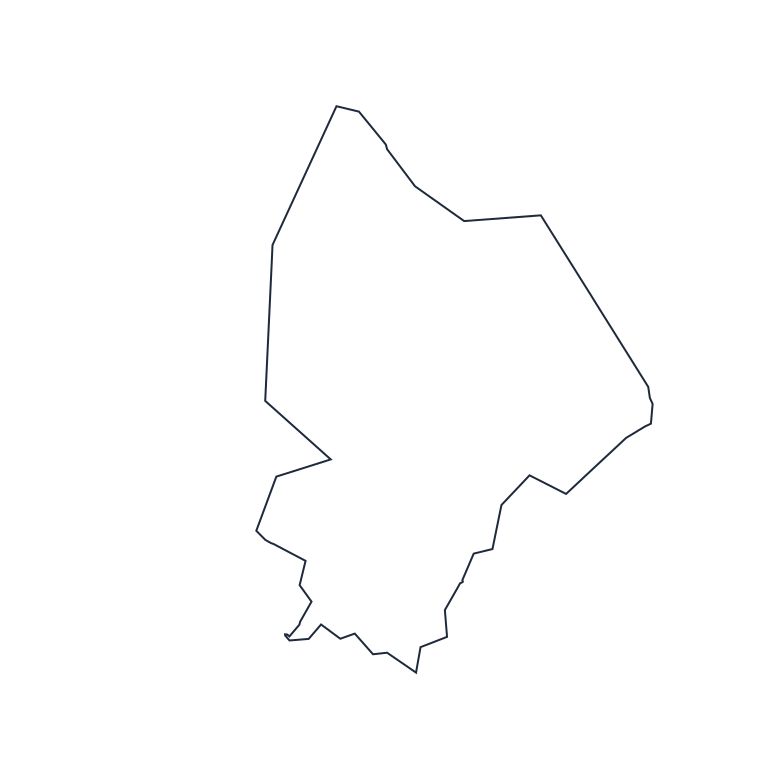 Lenoir, North Carolina, United States of America (Robinson projection), rotated 145°
{"feature_id": "52423323B80658823199099", "entity_name": "Lenoir", "entity_type": "district", "adm_level": 2, "iso_a3": "USA", "parent_name": "United States of America", "parent_adm1": "North Carolina", "projection": "robinson", "projection_center": [-77.584, 35.217], "detail": "fine", "context": "isolated", "style": "outline", "palette": "slate", "viewbox_px": 768, "rotation_deg": 145, "n_neighbors": 0, "source": "geoboundaries", "source_scale": "gbopen_adm2", "svg_char_len": 886}
<svg xmlns="http://www.w3.org/2000/svg" viewBox="0 0 768 768"><g transform="rotate(145 384 384)"><path d="M525.3,369.9L572.8,337.0L570.6,324.3L567.8,318.5L566.2,316.2L549.7,284.1L568.5,267.6L568.2,247.3L589.0,237.4L591.3,235.4L606.2,231.5L607.0,234.3L608.6,235.7L609.2,234.6L608.5,228.1L591.9,218.4L573.5,223.1L565.9,200.4L551.1,196.3L548.0,168.9L535.6,162.1L523.3,129.2L505.0,147.5L477.4,140.7L463.8,163.9L440.1,175.1L436.1,177.1L433.5,176.7L432.8,176.8L432.3,178.4L407.8,193.6L389.8,186.6L357.2,217.5L317.2,225.7L297.9,189.5L270.6,193.4L216.5,201.0L194.5,199.5L188.1,198.4L175.4,213.6L174.2,220.1L169.2,230.1L164.1,328.8L163.7,335.6L158.8,432.2L224.9,471.5L245.2,528.2L245.3,532.1L246.8,574.5L245.2,579.0L245.3,581.3L248.3,621.5L263.6,638.8L395.6,561.8L407.9,545.8L417.8,533.0L491.0,438.3L470.9,352.8L473.2,353.5L525.3,369.9Z" fill="none" stroke="#1e293b" stroke-width="2"/></g></svg>